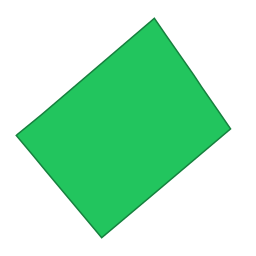 Kemper, Mississippi, United States of America, rotated 320°
{"feature_id": "52423323B56584420152614", "entity_name": "Kemper", "entity_type": "district", "adm_level": 2, "iso_a3": "USA", "parent_name": "United States of America", "parent_adm1": "Mississippi", "projection": "orthographic", "projection_center": [-88.657, 32.753], "detail": "fine", "context": "isolated", "style": "filled", "palette": "green", "viewbox_px": 256, "rotation_deg": 320, "n_neighbors": 0, "source": "geoboundaries", "source_scale": "gbopen_adm2", "svg_char_len": 336}
<svg xmlns="http://www.w3.org/2000/svg" viewBox="0 0 256 256"><g transform="rotate(320 128 128)"><path d="M37.3,195.1L103.4,195.0L206.0,194.6L207.8,176.1L210.8,143.7L212.4,130.0L216.7,81.5L218.7,60.9L70.1,62.2L39.5,61.8L37.6,61.9L37.6,84.2L37.6,87.2L37.4,107.9L37.3,195.1Z" fill="#22c55e" stroke="#15803d" stroke-width="1.5"/></g></svg>